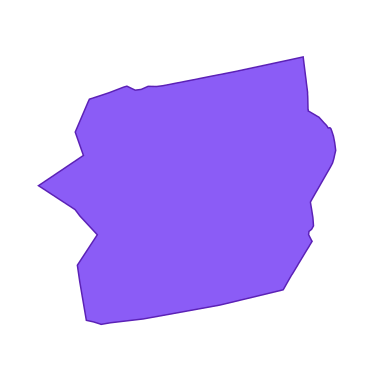 outline of Um Kadadah, North Darfur, Sudan, rotated 349°
{"feature_id": "16777658B38169285241768", "entity_name": "Um Kadadah", "entity_type": "district", "adm_level": 2, "iso_a3": "SDN", "parent_name": "Sudan", "parent_adm1": "North Darfur", "projection": "orthographic", "projection_center": [27.208, 13.486], "detail": "fine", "context": "isolated", "style": "filled", "palette": "violet", "viewbox_px": 384, "rotation_deg": 349, "n_neighbors": 0, "source": "geoboundaries", "source_scale": "gbopen_adm2", "svg_char_len": 1624}
<svg xmlns="http://www.w3.org/2000/svg" viewBox="0 0 384 384"><g transform="rotate(349 192 192)"><path d="M253.9,82.0L232.9,82.0L213.4,82.1L183.5,82.1L177.4,81.7L169.1,79.9L161.7,81.6L155.7,81.2L148.3,75.7L144.9,76.0L140.4,76.8L129.7,78.7L121.3,79.8L109.0,81.3L107.6,83.2L88.8,110.9L92.4,135.4L42.5,156.5L59.8,173.3L73.9,187.0L77.4,194.2L90.9,215.9L65.5,242.0L64.7,258.6L63.8,297.8L70.5,300.7L76.4,303.9L77.5,304.6L86.9,304.8L119.9,307.3L197.8,308.3L220.6,307.3L262.8,305.4L263.2,305.0L263.9,304.2L270.2,296.8L270.9,296.0L274.2,292.2L274.6,291.9L275.8,290.6L282.2,283.5L282.4,283.2L284.7,280.7L293.3,271.2L296.4,267.9L297.3,266.8L298.6,265.4L300.5,263.3L300.1,262.3L299.9,261.7L299.7,261.0L299.7,260.9L298.6,257.1L298.3,256.1L298.5,255.5L298.7,254.9L299.3,253.0L301.6,251.8L302.3,251.4L302.9,250.7L303.5,250.0L304.8,248.4L305.3,244.4L305.7,241.0L305.8,239.9L306.1,231.7L306.2,227.4L306.3,224.5L307.7,222.8L309.3,220.9L312.4,217.3L318.5,210.3L320.2,208.3L328.5,198.7L332.5,194.1L335.4,190.5L335.7,190.0L337.1,187.3L337.8,185.9L339.1,182.8L341.0,178.6L341.3,174.0L341.5,170.7L341.5,168.3L341.5,165.9L341.5,165.2L341.5,163.9L341.4,163.4L340.9,159.2L340.4,156.3L340.1,155.9L339.8,155.4L339.4,155.2L339.2,155.2L338.9,155.2L338.6,155.2L338.2,155.2L337.9,155.1L337.6,154.7L337.6,154.4L337.1,153.1L336.8,152.5L336.1,151.2L335.8,150.8L334.8,149.3L330.9,142.8L328.9,141.1L321.8,134.8L321.6,134.7L321.8,133.5L321.6,133.3L323.5,122.3L323.9,119.8L324.1,118.1L324.5,116.1L325.1,106.6L325.4,103.0L325.5,101.0L326.5,86.3L326.6,84.9L326.9,80.6L314.5,80.9L255.2,82.0L253.9,82.0Z" fill="#8b5cf6" stroke="#5b21b6" stroke-width="1.5"/></g></svg>